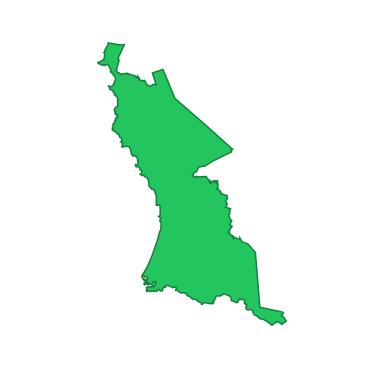 ÅpÅtiki District, Bay of Plenty, New Zealand (orthographic projection), rotated 293°
{"feature_id": "76426892B67902923412925", "entity_name": "ÅpÅtiki District", "entity_type": "district", "adm_level": 2, "iso_a3": "NZL", "parent_name": "New Zealand", "parent_adm1": "Bay of Plenty", "projection": "orthographic", "projection_center": [177.566, -38.035], "detail": "fine", "context": "isolated", "style": "filled", "palette": "green", "viewbox_px": 384, "rotation_deg": 293, "n_neighbors": 0, "source": "geoboundaries", "source_scale": "gbopen_adm2", "svg_char_len": 5918}
<svg xmlns="http://www.w3.org/2000/svg" viewBox="0 0 384 384"><g transform="rotate(293 192 192)"><path d="M105.2,326.5L110.1,329.2L112.7,325.2L113.2,322.6L115.8,323.5L116.3,323.3L116.8,322.0L112.4,299.5L161.2,273.9L166.1,263.6L165.6,257.6L168.5,253.9L167.3,254.3L166.8,254.0L166.6,253.2L167.1,250.9L165.1,248.1L165.6,247.4L167.2,248.1L167.4,247.0L167.0,246.4L167.6,246.0L167.6,243.8L167.9,244.0L168.1,243.4L167.7,243.3L167.9,242.8L168.6,242.8L168.6,242.2L169.4,242.0L169.2,240.8L169.7,240.7L170.3,241.7L171.6,241.9L172.8,241.2L174.8,242.2L176.2,242.2L176.3,239.7L182.0,239.7L181.4,239.4L181.2,238.4L184.8,235.1L185.5,235.3L186.0,234.8L187.1,235.4L188.5,234.3L190.0,234.4L190.9,232.9L191.6,233.5L191.1,229.2L191.6,229.7L192.6,229.2L194.3,229.3L194.6,228.5L195.4,228.4L196.8,226.3L199.8,227.2L202.2,225.8L202.7,224.9L201.8,224.3L202.1,221.4L201.6,220.9L202.1,219.3L202.6,219.1L202.5,218.3L203.6,218.2L204.1,217.5L203.8,216.8L204.6,215.2L204.5,214.3L205.4,214.9L205.6,214.7L205.4,213.5L207.9,213.6L209.2,212.8L209.3,211.8L209.7,212.3L210.5,212.3L210.7,211.1L211.3,210.7L213.0,211.4L211.2,209.7L211.4,209.0L210.1,209.0L211.0,207.8L209.8,207.4L209.2,205.0L208.3,205.1L207.9,206.0L207.2,206.0L207.9,204.0L209.7,203.7L209.6,202.9L210.5,200.3L211.7,199.4L211.7,198.5L211.0,198.1L211.0,196.8L210.3,196.3L209.8,194.5L208.5,192.6L208.6,191.5L207.8,190.9L208.1,190.3L207.6,189.4L206.7,189.0L206.5,187.4L207.9,186.3L208.2,185.6L208.5,186.3L210.1,186.0L210.4,186.6L211.9,187.3L212.5,188.3L217.6,188.4L220.9,193.7L228.0,198.6L244.5,212.8L244.8,212.2L246.0,211.8L247.1,212.9L259.3,177.2L271.5,139.7L293.5,117.4L286.1,109.0L276.4,117.5L276.9,116.4L276.0,114.4L272.9,112.0L272.6,111.0L273.3,109.8L272.9,109.3L273.0,108.3L274.8,106.8L276.2,104.4L275.2,103.8L275.4,102.9L274.6,101.8L274.8,101.0L274.4,100.8L275.2,99.6L274.8,99.1L276.3,98.9L276.6,97.6L277.3,97.0L276.1,97.2L276.3,96.8L276.0,96.5L276.4,96.3L276.0,96.0L276.6,94.6L276.0,94.2L276.6,92.7L276.4,91.5L275.9,91.0L276.2,88.4L275.9,88.3L275.9,87.1L275.3,87.2L275.9,86.1L275.0,85.6L275.5,84.7L274.1,83.7L274.0,82.3L273.1,81.6L272.9,80.7L272.4,80.6L273.1,78.2L273.1,77.0L273.5,75.9L274.9,74.7L283.3,73.7L283.5,73.3L284.4,73.5L285.2,73.1L285.3,72.3L286.0,72.3L286.5,71.7L301.3,72.1L299.3,68.6L296.5,56.6L295.2,57.2L288.7,56.3L288.5,56.7L286.5,56.8L286.0,56.3L285.7,57.1L284.2,57.9L281.6,58.8L280.0,58.8L279.6,59.5L274.3,54.8L273.9,55.1L273.6,56.1L274.0,57.4L273.6,58.2L273.7,59.8L274.6,60.7L274.3,61.0L274.7,61.6L274.4,62.3L275.6,63.0L275.9,64.0L276.4,64.2L276.2,65.2L273.4,68.8L271.3,69.9L271.4,70.6L270.3,70.7L270.5,72.8L268.6,74.0L268.8,75.0L267.8,76.5L265.8,77.5L260.3,77.8L257.8,76.8L257.2,75.9L256.9,74.7L257.2,74.0L256.9,73.7L256.0,75.2L255.0,75.6L254.1,77.3L254.7,78.3L253.9,80.4L252.8,80.6L252.6,82.6L252.0,83.1L251.1,82.8L251.4,83.8L250.7,84.1L250.5,85.3L249.5,86.7L248.3,87.2L248.1,87.8L247.8,88.0L247.6,87.5L242.8,89.8L241.8,89.9L239.5,88.5L237.6,88.2L235.9,89.4L236.0,90.2L234.3,90.4L234.6,91.0L234.1,91.4L234.5,91.4L234.4,92.3L232.9,92.5L233.2,93.7L231.6,94.4L230.7,93.8L230.6,93.0L229.0,93.1L229.1,93.4L228.6,93.7L227.0,93.0L226.7,93.6L226.0,93.6L223.2,92.8L222.7,93.5L219.9,93.6L218.4,94.2L219.0,95.2L217.6,95.5L217.7,96.2L217.4,96.9L217.7,97.7L217.0,99.0L216.9,100.2L216.4,100.7L216.3,102.3L214.3,103.9L214.1,105.8L212.1,107.2L210.5,106.9L211.0,107.6L209.6,108.2L209.4,109.1L207.9,109.7L206.8,109.4L206.0,110.3L206.9,110.8L206.9,111.9L208.5,113.4L209.0,116.3L206.9,119.3L205.8,119.4L204.8,120.8L203.7,121.0L202.1,123.3L202.1,123.9L202.9,124.5L202.9,126.2L201.7,128.6L197.0,131.2L195.9,131.1L194.9,130.1L195.0,129.3L193.4,130.4L193.3,130.9L193.9,131.3L194.2,133.0L193.6,134.7L192.3,135.2L192.0,137.6L189.0,138.1L188.9,137.7L188.1,137.5L188.3,138.0L187.5,139.3L188.6,141.3L187.8,142.2L187.6,144.9L187.2,145.7L185.6,147.4L180.7,150.1L178.9,153.6L179.4,156.3L176.2,158.9L175.5,160.2L165.9,164.3L166.0,165.3L167.0,165.7L167.2,166.5L166.9,167.5L165.7,168.6L158.3,171.7L157.3,171.6L156.5,170.8L155.8,172.4L156.0,173.1L155.5,173.6L154.3,173.8L153.2,173.3L151.3,175.8L144.5,178.2L143.6,177.7L134.0,179.0L117.8,180.1L105.4,180.1L94.7,178.6L92.6,181.1L92.9,181.3L93.8,179.8L95.4,179.6L96.0,181.1L95.4,181.8L96.0,183.5L95.7,184.2L95.1,185.1L94.1,185.2L93.8,184.4L92.9,184.7L92.4,184.2L93.5,183.5L92.2,183.6L91.5,184.7L92.1,186.2L91.1,186.6L90.5,188.1L90.5,188.7L90.7,188.4L91.6,190.0L91.3,191.1L91.8,191.7L93.4,191.3L93.6,192.0L94.4,192.4L94.4,193.1L95.2,192.9L95.4,193.3L95.1,193.6L95.0,193.2L94.7,193.5L94.2,193.3L94.1,194.0L93.6,193.8L93.0,194.5L90.4,192.9L89.9,192.1L89.6,192.6L90.0,193.3L90.0,194.0L89.8,193.9L88.9,191.4L87.9,191.2L88.2,190.1L86.4,187.3L84.6,188.6L83.4,188.4L82.7,189.2L84.3,190.7L83.8,191.7L85.6,194.7L85.6,195.5L86.1,195.8L86.8,198.4L88.8,198.6L89.0,200.0L88.5,201.4L89.4,202.5L89.4,203.3L93.7,202.8L93.9,204.8L95.7,204.6L95.9,205.0L96.7,207.0L96.5,211.8L98.2,214.0L97.7,215.2L95.2,215.3L95.7,217.1L95.1,218.5L94.7,221.6L95.3,221.9L95.5,223.0L96.3,224.1L96.0,225.7L96.4,226.3L94.7,228.2L94.8,231.6L94.2,232.0L94.2,233.1L93.4,234.4L94.0,235.0L94.6,236.9L94.5,238.4L93.5,239.9L93.9,240.5L93.5,241.5L93.7,243.5L92.3,244.7L92.7,245.4L94.0,245.7L95.8,248.3L95.6,250.0L97.2,254.7L98.5,255.3L99.5,254.0L101.2,255.0L105.8,254.9L107.3,258.6L110.2,260.9L110.8,262.1L110.9,268.0L109.3,269.8L107.4,270.5L107.8,273.6L107.5,276.3L108.4,277.3L109.6,277.1L112.5,277.8L112.2,279.1L112.7,280.3L112.9,282.4L112.6,283.0L109.9,283.7L109.6,284.7L109.8,286.1L109.5,286.7L108.8,286.9L107.3,286.3L105.4,287.8L105.3,289.6L107.0,292.6L106.6,293.9L104.0,296.1L103.2,297.9L103.4,300.0L101.9,303.5L102.0,305.1L102.6,306.5L102.4,311.3L101.7,312.9L101.5,315.6L100.5,316.4L101.0,318.1L102.1,318.2L103.3,319.5L105.8,320.7L106.0,323.4L105.2,326.5ZM90.8,185.4L90.6,184.1L88.9,183.5L88.0,184.5L89.8,186.2L90.8,185.4ZM94.1,181.8L92.4,182.0L91.8,182.6L92.5,182.8L92.5,182.3L94.1,181.8ZM89.7,188.5L89.5,187.2L89.2,187.6L89.7,188.5Z" fill="#22c55e" stroke="#15803d" stroke-width="1.5"/></g></svg>